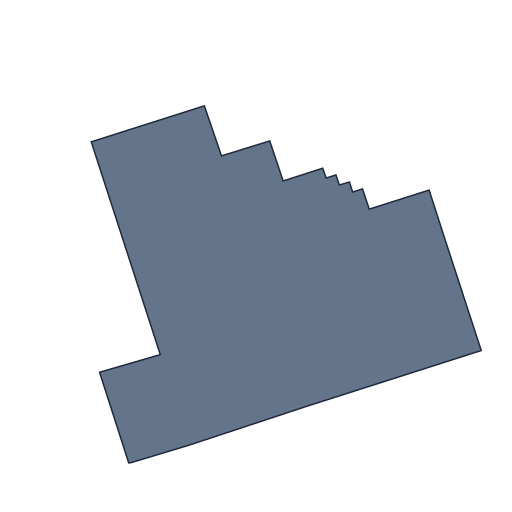 the district of Shelby, Illinois, United States of America, rotated 342°
{"feature_id": "52423323B22684777777250", "entity_name": "Shelby", "entity_type": "district", "adm_level": 2, "iso_a3": "USA", "parent_name": "United States of America", "parent_adm1": "Illinois", "projection": "equal_earth", "projection_center": [-88.76, 39.435], "detail": "fine", "context": "isolated", "style": "filled", "palette": "slate", "viewbox_px": 512, "rotation_deg": 342, "n_neighbors": 0, "source": "geoboundaries", "source_scale": "gbopen_adm2", "svg_char_len": 441}
<svg xmlns="http://www.w3.org/2000/svg" viewBox="0 0 512 512"><g transform="rotate(342 256 256)"><path d="M253.3,97.2L134.6,96.5L134.5,320.2L71.3,318.2L71.0,413.4L72.9,413.9L133.2,415.2L256.1,414.6L441.0,415.5L440.9,299.5L441.0,246.8L378.2,246.4L378.0,225.1L367.7,225.0L367.7,214.5L357.2,214.2L357.1,203.6L346.8,203.5L346.6,193.1L305.0,193.0L304.6,150.8L254.1,150.1L253.3,97.2Z" fill="#64748b" stroke="#1e293b" stroke-width="1.5"/></g></svg>